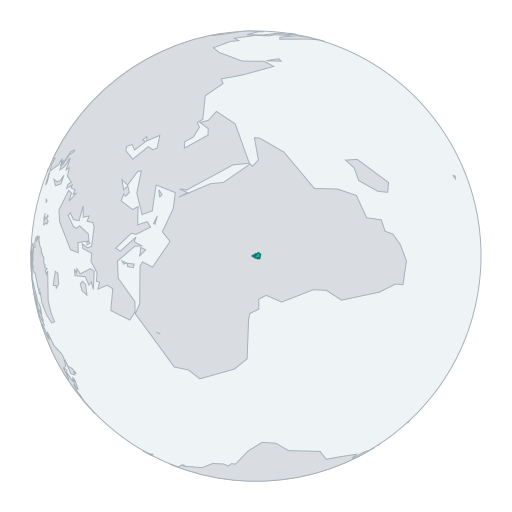 Nana-Grébizi on an orthographic globe, rotated 280°
{"feature_id": "CAF-807", "entity_name": "Nana-Grébizi", "entity_type": "Economic Prefecture", "adm_level": 1, "iso_a3": "CAF", "parent_name": "Central African Republic", "parent_adm1": "", "projection": "orthographic", "projection_center": [19.251, 7.51], "detail": "fine", "context": "on_globe", "style": "filled", "palette": "teal", "viewbox_px": 512, "rotation_deg": 280, "n_neighbors": 0, "source": "natural_earth", "source_scale": "10m", "svg_char_len": 9026}
<svg xmlns="http://www.w3.org/2000/svg" viewBox="0 0 512 512"><g transform="rotate(280 256 256)"><circle cx="256" cy="256" r="225" fill="#eef3f6" stroke="#a8b0b8"/><path d="M191.1,40.3L184.6,42.3L184.0,42.5L191.1,40.3ZM182.6,43.0L181.8,43.3L179.1,44.2L182.6,43.0ZM178.5,44.5L180.3,43.8L172.3,46.8L181.1,43.7L175.4,46.0L169.9,48.1L169.4,48.1L166.8,49.1L178.5,44.5ZM118.1,77.9L116.7,79.0L120.3,76.2L127.3,71.1L132.4,68.0L140.4,62.9L143.6,61.2L152.2,56.5L151.9,57.3L147.0,60.8L139.9,65.0L137.5,67.0L145.1,63.5L132.7,72.6L125.9,81.5L122.5,84.3L114.4,87.8L112.3,85.8L101.9,93.0L109.6,88.8L101.1,96.9L100.1,98.8L101.2,98.9L104.8,96.2L102.1,99.4L93.4,104.1L95.7,101.2L98.5,99.5L97.4,99.0L91.5,103.5L87.6,107.9L82.8,112.0L80.0,115.5L77.3,118.8L82.1,112.8L73.4,124.1L72.9,124.7L82.9,111.8L93.8,99.7L105.5,88.3L118.1,77.9ZM35.9,208.1L36.0,207.4L33.6,220.3L35.8,209.3L34.8,216.4L37.3,218.9L36.5,221.6L38.2,239.6L44.1,249.4L45.5,259.7L44.4,265.2L47.3,268.0L47.4,271.9L62.7,282.2L73.5,294.3L75.1,307.9L70.0,321.7L74.7,353.0L68.0,360.5L72.6,372.8L78.2,389.3L73.3,385.8L81.2,395.8L83.8,400.3L82.4,399.4L87.7,405.7L87.2,405.2L76.9,392.7L67.5,379.4L59.1,365.5L51.7,351.0L45.4,336.0L40.2,320.6L36.1,304.9L33.1,288.9L31.3,272.8L30.7,256.5L31.3,240.3L33.0,224.1L35.9,208.1ZM90.3,408.6L91.4,409.8L91.9,410.4L90.3,408.6ZM151.8,56.5L150.3,57.3L151.8,56.5ZM155.3,54.6L153.2,55.6L154.6,54.9L155.9,54.2L155.3,54.6ZM162.4,51.1L166.6,49.2L157.6,53.6L157.3,53.5L157.7,53.3L162.4,51.1ZM199.7,37.9L199.4,37.9L199.7,37.9ZM196.2,38.8L199.6,37.9L197.1,38.7L192.3,39.9L196.2,38.8ZM189.8,41.8L190.2,41.3L193.7,40.2L189.8,41.8ZM201.1,37.6L201.9,37.3L203.4,37.0L205.0,36.6L201.1,37.6ZM211.0,35.4L202.9,37.3L201.3,38.3L198.1,39.1L201.2,37.6L211.0,35.4ZM210.8,35.3L210.2,35.5L206.5,36.2L204.7,36.6L210.8,35.3ZM211.3,35.4L213.2,35.0L211.6,35.4L211.3,35.4ZM217.6,34.2L214.9,34.7L213.6,34.9L217.6,34.2ZM219.1,33.8L221.6,33.4L214.7,34.6L218.6,33.9L219.1,33.8ZM221.8,33.3L221.4,33.4L221.8,33.3ZM224.2,33.6L215.7,35.1L212.8,35.3L221.4,33.7L224.2,33.6ZM118.7,434.6L117.7,433.7L119.5,435.0L120.6,436.0L118.9,434.8L118.7,434.6ZM464.8,171.5L465.7,173.8L467.2,177.8L465.3,173.7L467.7,182.1L475.1,204.1L476.6,210.9L478.2,224.7L477.3,219.6L472.4,208.8L475.0,225.2L478.9,237.7L480.4,253.5L478.9,249.3L477.0,235.5L475.2,231.2L473.1,216.9L466.7,196.9L465.1,201.6L462.8,193.4L453.7,177.9L450.0,184.5L445.6,208.5L449.1,230.1L445.8,240.4L431.8,211.0L424.4,191.0L420.1,193.6L405.1,178.2L381.3,179.9L377.3,175.0L373.0,177.9L362.3,173.6L355.9,165.7L349.8,166.8L366.7,187.8L373.2,186.8L377.8,177.7L381.3,185.6L391.5,191.9L382.5,212.6L346.2,233.3L341.7,217.4L308.7,176.0L309.1,171.2L309.0,170.7L308.5,169.8L306.5,177.6L300.5,169.7L319.2,198.4L322.8,211.2L345.7,234.3L343.8,237.0L350.9,241.7L372.3,233.9L372.7,239.4L363.2,265.4L332.6,301.8L336.1,324.7L333.0,344.4L312.8,358.3L313.4,373.1L302.8,378.8L301.3,387.1L292.1,396.3L277.3,405.0L253.2,405.7L252.6,398.3L241.9,383.9L227.4,348.0L234.4,331.2L232.7,318.2L215.1,289.3L219.0,273.0L214.1,266.2L204.1,268.0L198.3,259.9L192.2,259.7L153.2,265.1L140.9,254.4L125.3,222.0L132.0,209.4L132.5,194.8L178.2,147.1L188.7,149.8L225.7,143.6L230.5,145.2L227.0,156.0L255.4,168.9L263.6,159.6L288.5,166.3L304.4,165.5L308.6,145.3L282.4,146.0L277.0,136.6L297.2,127.7L320.0,128.3L318.6,124.7L303.5,117.2L308.0,110.7L298.2,114.2L302.7,117.6L296.7,120.2L292.2,117.3L293.9,114.9L286.9,113.6L280.3,126.3L284.2,131.2L266.1,134.1L270.9,142.8L266.2,147.1L256.5,134.2L256.8,129.3L239.3,116.5L237.2,121.6L253.7,134.4L248.9,133.5L246.2,141.7L244.5,134.8L227.0,120.5L210.2,124.1L190.1,144.6L180.0,146.6L171.0,142.8L177.1,122.5L198.9,120.6L201.4,114.5L195.9,106.0L203.0,106.5L203.4,103.2L211.6,102.5L222.0,94.5L230.2,93.6L233.3,84.2L237.9,82.7L234.7,88.5L236.9,92.4L256.9,91.5L260.5,89.4L260.9,83.7L266.4,84.6L264.2,79.2L275.3,77.0L260.0,75.6L260.1,69.9L266.2,65.7L263.4,63.9L253.5,70.9L252.0,74.1L255.1,77.1L248.6,87.0L241.9,88.9L238.3,78.4L228.4,80.3L229.9,72.3L255.9,56.5L267.3,54.0L288.1,60.2L286.0,63.3L277.5,62.3L286.3,67.9L285.1,65.1L289.7,66.3L290.9,62.0L294.2,62.7L289.7,57.9L293.9,58.3L296.6,61.3L302.0,56.4L310.4,56.8L310.0,55.5L307.2,53.9L319.7,56.0L318.9,54.9L314.5,53.8L309.9,51.3L306.8,47.8L311.3,48.7L313.1,50.0L323.4,54.6L327.3,58.7L328.8,58.8L326.5,55.5L313.9,49.8L310.7,47.5L317.1,49.8L314.5,48.8L314.4,48.0L318.4,48.2L311.6,45.7L303.8,38.3L310.9,38.8L317.4,41.1L316.7,39.2L324.7,41.5L320.6,40.2L320.4,40.1L336.3,45.5L351.8,52.1L366.8,59.8L381.1,68.6L394.7,78.5L407.6,89.4L419.6,101.1L430.7,113.8L440.8,127.2L449.9,141.4L458.0,156.2L464.8,171.5ZM163.6,171.0L162.6,175.3L163.6,171.0ZM345.1,140.0L358.1,140.3L350.4,128.4L354.8,127.7L350.6,124.2L349.8,127.6L339.3,118.1L344.2,114.6L341.7,109.8L337.2,109.5L329.9,117.8L344.9,130.9L342.7,135.9L345.1,140.0ZM37.4,218.9L37.5,221.7L36.8,221.3L37.4,218.9ZM42.8,186.8L42.9,188.7L42.1,188.9L42.8,186.8ZM42.6,183.8L42.7,183.7L44.4,178.7L42.7,185.9L41.3,188.2L42.0,185.6L42.6,183.8ZM101.7,96.6L102.3,96.4L102.6,97.2L100.9,98.2L101.7,96.6ZM113.3,94.4L108.7,99.7L110.8,96.3L107.5,98.3L107.9,94.2L120.9,85.6L114.9,90.0L113.3,94.4ZM112.0,87.2L110.3,90.2L111.7,87.3L112.0,87.2ZM197.9,87.8L201.0,89.5L198.3,93.2L188.0,96.3L191.7,90.8L197.9,87.8ZM206.0,91.4L205.2,81.2L211.6,79.5L208.1,82.0L212.4,81.9L208.0,86.1L214.8,95.2L212.9,99.3L194.9,101.6L201.9,98.3L198.4,96.5L206.0,91.4ZM192.1,64.2L191.9,61.4L206.0,61.0L204.6,63.8L194.2,66.5L189.8,64.9L192.1,64.2ZM169.8,48.9L168.9,49.0L170.7,48.3L173.0,47.5L169.8,48.9ZM189.7,41.6L176.1,47.9L174.3,48.2L168.5,52.4L161.5,55.1L165.4,52.1L155.7,57.7L156.4,56.1L150.3,60.0L159.9,53.2L160.2,52.6L162.6,52.2L169.1,49.6L171.9,48.3L180.3,44.5L184.1,42.5L191.2,40.3L195.2,39.3L195.3,39.4L190.7,40.7L194.2,39.9L187.7,41.9L189.7,41.6ZM237.6,37.3L232.2,37.2L238.2,39.0L231.7,39.8L232.8,40.0L228.4,41.4L225.0,43.6L221.9,43.9L221.9,44.7L219.0,45.9L217.9,47.2L212.0,48.3L210.3,50.1L208.5,49.6L207.1,52.6L205.5,50.9L201.5,52.8L205.2,53.4L175.7,59.1L164.7,63.9L156.3,69.1L154.6,66.4L161.4,60.2L172.4,53.4L183.3,49.7L180.6,49.5L185.0,47.8L185.3,48.6L187.5,46.4L191.2,45.3L200.9,41.3L201.8,39.5L205.4,38.3L206.9,38.5L209.4,37.2L214.7,36.9L217.4,36.2L225.3,35.5L226.7,36.9L229.6,36.0L235.7,35.9L237.6,37.3ZM226.3,33.4L229.5,34.1L227.4,35.1L214.5,35.9L211.3,36.6L203.0,37.9L206.1,36.6L208.2,36.3L211.0,35.8L208.9,36.4L212.6,35.5L215.6,35.2L219.4,34.5L219.4,34.8L226.3,33.4ZM235.4,141.1L239.0,141.5L244.5,140.9L242.9,146.3L235.4,141.1ZM223.3,131.4L226.5,130.7L226.9,137.4L223.2,137.3L223.3,131.4ZM227.8,124.9L226.6,130.1L225.0,127.2L227.8,124.9ZM237.6,87.7L241.0,86.9L241.5,88.2L239.8,90.3L237.6,87.7ZM254.1,45.3L251.3,44.5L252.2,44.0L249.8,41.5L254.5,41.1L257.7,42.4L254.1,45.3ZM304.4,148.8L300.0,152.8L297.5,151.0L299.5,150.0L304.4,148.8ZM270.2,149.5L278.2,151.8L269.7,151.0L270.2,149.5ZM258.8,44.4L257.2,43.3L260.5,43.8L258.8,44.4ZM257.7,40.7L261.5,41.0L254.8,40.8L257.7,40.7ZM369.5,436.2L369.3,438.3L366.6,438.9L369.5,436.2ZM368.7,339.0L351.4,373.8L341.6,374.6L340.9,364.8L348.1,344.0L359.9,337.3L366.0,327.5L368.7,339.0ZM479.2,286.6L479.2,284.6L479.7,280.6L479.9,280.5L479.2,286.6ZM479.7,280.5L478.9,270.9L473.6,241.7L475.6,241.6L480.3,258.4L480.1,261.8L480.6,269.5L479.7,280.5ZM481.3,257.1L481.3,254.5L481.2,249.9L481.3,257.1ZM450.0,232.0L454.3,244.3L452.2,246.9L450.0,232.0ZM469.4,183.9L469.6,185.4L468.5,182.2L467.5,178.6L469.4,183.9ZM296.4,43.7L294.5,47.1L296.3,50.3L302.1,52.8L293.1,51.3L290.4,46.3L296.4,43.7ZM302.5,38.6L297.3,37.2L300.0,37.4L301.5,37.7L302.5,38.6ZM299.0,38.1L291.9,37.4L289.3,36.3L295.5,37.0L299.0,38.1ZM275.4,39.6L274.5,40.5L271.9,40.0L275.4,39.6ZM305.0,36.1L306.7,36.5L304.2,36.0L303.1,35.7L305.0,36.1Z" fill="#d9dde1" stroke="#a8b0b8" stroke-width="1"/><path d="M255.3,251.8L255.4,252.0L255.6,252.5L255.8,252.7L255.9,252.8L256.0,252.9L255.9,253.0L256.0,253.0L256.3,253.4L256.4,253.5L256.4,253.8L256.5,253.9L256.4,254.0L256.4,254.3L256.4,254.5L256.3,254.8L256.4,255.0L256.5,255.1L256.8,255.1L257.0,255.1L257.2,255.3L257.3,255.3L257.2,255.4L257.3,255.4L257.3,255.5L257.3,255.8L257.4,255.7L257.4,255.8L257.5,255.7L257.5,255.8L257.8,255.8L257.9,256.0L258.0,256.0L258.1,256.3L258.3,256.5L258.5,256.6L258.6,256.9L258.6,257.0L258.8,257.1L259.0,257.2L259.0,257.3L259.2,257.5L259.3,257.5L259.5,257.6L259.5,257.8L259.5,258.0L259.4,258.4L259.3,258.5L259.2,258.6L259.1,258.8L258.8,259.1L258.7,259.2L258.4,259.5L258.5,260.1L258.4,260.2L258.2,260.1L257.9,260.1L257.1,260.0L256.9,260.0L256.2,260.1L255.9,260.2L255.7,260.2L255.4,260.1L255.2,260.0L255.2,259.9L254.9,259.8L254.1,259.9L254.1,259.7L254.3,259.5L254.5,259.4L254.5,259.2L254.3,259.2L254.2,259.1L254.0,258.9L254.1,258.7L253.9,258.7L253.8,258.4L253.7,258.3L253.7,258.2L253.8,258.1L253.9,257.8L254.0,257.7L253.9,257.6L254.0,257.5L254.1,257.4L254.1,257.2L254.4,257.1L254.0,255.8L254.0,255.6L255.0,255.0L254.9,255.0L254.9,254.9L255.0,254.8L255.0,254.7L254.9,254.7L255.0,254.6L255.0,254.4L255.1,254.2L255.2,253.9L255.2,253.7L255.3,253.6L255.2,253.6L255.3,253.5L255.3,253.4L255.2,253.2L255.1,252.9L255.2,252.7L255.3,252.5L255.3,252.3L255.3,252.2L255.3,251.8L255.3,251.8Z" fill="#14b8a6" stroke="#0f766e" stroke-width="1.5"/></g></svg>